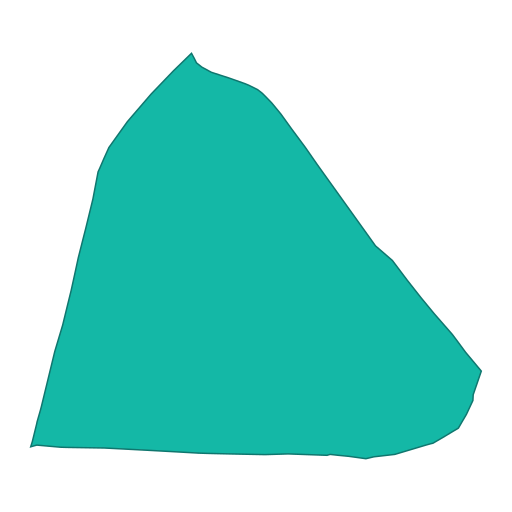 Jean Baptiste, Anse-la-Raye, Saint Lucia (Natural Earth projection)
{"feature_id": "8701671B12563091717165", "entity_name": "Jean Baptiste", "entity_type": "district", "adm_level": 2, "iso_a3": "LCA", "parent_name": "Saint Lucia", "parent_adm1": "Anse-la-Raye", "projection": "natural_earth1", "projection_center": [-61.016, 13.948], "detail": "fine", "context": "isolated", "style": "filled", "palette": "teal", "viewbox_px": 512, "rotation_deg": 0, "n_neighbors": 0, "source": "geoboundaries", "source_scale": "gbopen_adm2", "svg_char_len": 1116}
<svg xmlns="http://www.w3.org/2000/svg" viewBox="0 0 512 512"><path d="M327.0,455.3L330.1,454.4L338.3,455.3L348.6,456.3L360.2,457.9L365.9,458.7L373.9,456.8L394.8,454.4L426.2,445.0L430.5,443.8L433.0,443.2L445.1,436.1L450.9,432.6L458.4,428.1L462.4,421.2L466.4,414.4L472.9,400.5L473.2,394.7L481.3,371.1L465.6,352.3L457.7,341.6L452.3,334.4L434.2,313.7L421.0,297.7L410.6,284.5L407.3,280.3L392.4,260.5L375.5,245.9L369.5,237.5L317.2,164.5L305.1,147.1L291.8,129.2L281.0,114.2L277.4,109.8L271.7,102.9L266.0,97.0L262.3,93.3L257.7,89.7L248.7,85.2L244.8,83.6L228.7,77.9L219.4,74.9L211.4,72.3L201.8,67.1L200.2,65.8L196.5,62.9L194.1,58.1L191.5,53.3L173.4,70.9L151.1,94.1L127.5,121.5L108.9,147.5L108.1,149.3L103.9,158.6L99.8,168.1L98.1,171.8L92.9,199.1L85.7,228.6L83.5,237.2L78.3,257.7L75.3,271.6L71.2,290.3L67.4,305.7L62.7,325.0L54.8,351.4L41.4,406.5L40.4,410.3L37.1,421.8L36.7,423.8L32.3,441.7L30.7,446.8L33.8,445.9L36.8,445.1L60.4,447.2L66.9,447.4L104.5,448.0L115.9,448.6L146.5,450.2L177.3,451.9L198.5,453.1L207.7,453.4L229.3,453.9L265.0,454.6L288.2,453.9L327.0,455.3Z" fill="#14b8a6" stroke="#0f766e" stroke-width="1.5"/></svg>